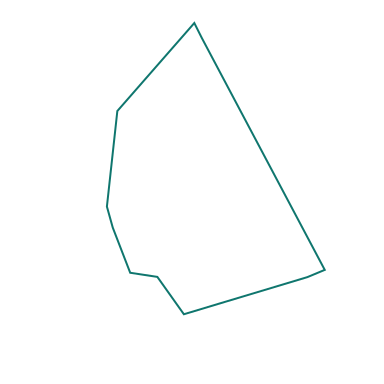 outline of Sullivan, Pennsylvania, United States of America, rotated 56°
{"feature_id": "52423323B85598258379777", "entity_name": "Sullivan", "entity_type": "district", "adm_level": 2, "iso_a3": "USA", "parent_name": "United States of America", "parent_adm1": "Pennsylvania", "projection": "equal_earth", "projection_center": [-76.467, 41.433], "detail": "fine", "context": "isolated", "style": "outline", "palette": "teal", "viewbox_px": 384, "rotation_deg": 56, "n_neighbors": 0, "source": "geoboundaries", "source_scale": "gbopen_adm2", "svg_char_len": 304}
<svg xmlns="http://www.w3.org/2000/svg" viewBox="0 0 384 384"><g transform="rotate(56 192 192)"><path d="M330.8,125.5L69.5,97.7L53.2,95.6L83.1,208.6L156.5,270.7L177.2,277.6L224.4,288.4L243.0,268.2L288.8,267.1L301.4,226.5L327.1,143.9L330.8,125.5Z" fill="none" stroke="#0f766e" stroke-width="2"/></g></svg>